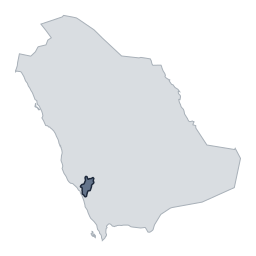 Al Bahah highlighted on a map of Saudi Arabia
{"feature_id": "SAU-885", "entity_name": "Al Bahah", "entity_type": "Region", "adm_level": 1, "iso_a3": "SAU", "parent_name": "Saudi Arabia", "parent_adm1": "", "projection": "equal_earth", "projection_center": [41.371, 20.064], "detail": "fine", "context": "in_parent", "style": "filled", "palette": "slate", "viewbox_px": 256, "rotation_deg": 0, "n_neighbors": 0, "source": "natural_earth", "source_scale": "10m", "svg_char_len": 4666}
<svg xmlns="http://www.w3.org/2000/svg" viewBox="0 0 256 256"><path d="M202.1,202.1L171.8,207.6L170.2,208.2L160.8,214.4L154.5,224.8L153.0,229.8L152.3,230.5L151.0,231.5L149.8,232.2L148.0,232.1L145.8,228.3L145.2,227.5L144.7,227.5L140.7,228.0L132.2,227.0L130.8,226.7L128.9,225.4L128.4,225.2L127.9,225.1L123.5,225.1L121.4,225.5L119.3,225.3L117.1,225.5L116.3,226.0L115.5,226.0L115.0,226.4L114.5,226.6L113.9,226.3L113.3,226.3L112.3,226.0L111.6,225.2L111.0,224.5L110.3,224.1L109.6,223.8L109.0,223.8L108.2,224.3L107.8,224.7L106.5,226.1L106.5,226.6L107.1,227.5L106.9,227.9L106.2,228.4L106.0,229.7L105.9,230.5L105.8,232.3L106.1,233.7L106.5,234.2L106.5,234.8L106.3,236.0L105.6,236.3L105.2,237.5L104.9,238.0L104.4,238.6L102.3,240.6L102.2,239.5L101.5,237.7L101.5,236.5L101.2,235.3L100.6,234.3L99.6,233.3L99.5,232.0L98.7,230.7L97.7,229.6L97.2,227.6L96.7,225.0L94.1,221.6L90.8,218.4L89.8,216.6L88.2,213.0L87.3,210.1L85.1,206.8L85.0,205.5L84.7,204.0L84.2,202.2L83.9,200.9L81.7,194.9L81.0,194.0L80.4,192.7L80.2,191.6L80.0,191.1L78.5,190.1L77.0,187.6L72.7,183.6L70.5,183.2L68.9,181.8L67.6,180.0L66.3,176.8L64.0,173.3L62.1,168.5L62.7,166.7L62.7,165.4L62.1,163.3L61.4,161.7L61.0,160.2L61.3,158.0L61.5,155.5L61.9,154.2L62.2,152.8L61.8,149.9L61.2,148.4L61.2,147.4L60.5,146.9L59.9,145.7L60.5,145.7L59.4,144.2L59.0,143.3L58.6,141.2L58.1,139.6L56.3,136.0L55.5,133.8L53.7,130.9L51.6,128.8L50.4,127.9L49.7,127.0L48.7,127.0L47.5,125.7L46.7,125.7L45.7,125.5L44.6,123.1L43.6,120.8L41.9,117.9L42.4,117.2L42.9,115.9L42.6,114.3L42.4,113.2L41.7,111.2L39.3,106.2L38.7,105.5L37.6,104.6L37.0,102.5L36.8,100.6L35.1,99.6L32.4,92.7L30.8,90.2L30.1,88.6L28.3,85.9L27.4,83.3L25.5,80.8L23.9,76.6L21.4,72.3L20.4,71.6L17.7,71.3L16.6,71.0L15.6,71.9L15.5,70.7L16.2,69.1L17.3,65.7L17.6,62.7L19.4,53.8L30.5,56.1L31.1,55.9L35.4,51.8L37.9,47.1L38.4,46.7L45.9,44.9L46.1,44.6L47.7,40.4L47.8,40.2L48.1,39.9L51.3,37.8L46.2,30.8L40.9,24.1L61.7,17.1L62.1,17.0L63.6,15.4L72.8,17.1L76.3,17.9L77.4,18.5L94.0,29.8L102.2,37.9L121.5,55.9L121.7,56.0L139.0,57.9L140.8,57.4L145.5,58.1L150.3,58.9L151.3,61.0L151.6,62.5L152.0,64.0L152.9,65.3L156.9,65.2L161.0,65.2L161.6,66.5L161.9,67.8L163.1,70.9L164.7,73.4L165.1,74.3L165.4,75.6L165.1,76.1L165.0,76.7L166.2,78.0L168.1,79.2L168.9,79.5L169.8,80.0L169.1,80.7L170.3,82.5L171.6,84.4L173.0,84.8L175.0,87.5L177.9,89.3L179.7,91.7L179.0,91.5L178.4,91.2L178.2,91.5L178.3,92.5L178.5,93.6L179.4,94.6L180.2,95.4L180.5,96.7L180.0,99.7L179.8,99.7L179.3,99.4L178.9,99.4L178.7,99.5L179.2,101.7L179.8,103.3L180.5,104.6L181.0,106.5L181.5,107.3L183.4,109.3L184.0,111.0L184.6,114.1L185.8,115.9L186.5,117.2L187.4,118.4L188.0,119.9L188.8,121.1L189.2,121.4L189.8,121.6L190.5,121.6L191.4,121.3L192.4,121.0L193.2,121.6L193.9,121.5L194.0,122.1L193.5,122.8L192.9,124.8L193.9,125.1L194.7,125.3L195.4,125.6L195.7,125.6L195.7,126.0L195.8,127.8L196.1,128.5L206.9,145.0L234.4,149.5L234.6,149.5L235.2,148.3L240.5,158.4L234.3,187.6L202.1,202.1ZM93.4,235.6L94.3,235.7L93.9,235.2L94.2,234.3L95.4,235.7L95.4,237.3L95.3,237.7L94.9,237.4L94.7,237.0L94.7,236.6L94.3,236.2L93.2,236.5L92.4,236.0L91.4,234.7L91.1,233.6L91.5,233.5L92.0,233.0L92.3,232.2L92.0,231.4L92.6,231.5L93.0,232.3L93.0,234.2L93.1,234.7L93.0,235.1L93.4,235.6ZM39.1,109.9L38.8,109.9L38.0,108.9L37.6,108.2L37.2,107.7L35.1,106.8L34.9,106.2L35.2,105.5L35.4,106.1L35.8,106.5L37.4,107.4L39.3,109.3L39.6,109.4L39.1,109.9ZM35.9,105.2L35.8,105.4L35.3,104.9L35.4,103.8L35.8,103.2L35.7,104.0L35.9,104.9L35.9,105.2Z" fill="#d9dde1" stroke="#a8b0b8" stroke-width="1"/><path d="M93.8,178.4L93.3,180.6L93.3,181.0L93.4,181.5L93.7,181.8L93.8,182.1L93.8,182.4L93.8,182.8L93.5,183.2L93.3,183.5L92.0,184.6L91.8,184.9L91.6,185.3L91.5,185.7L91.5,186.7L91.3,187.4L90.2,190.5L89.9,190.6L89.5,190.7L88.5,190.7L88.3,190.8L88.1,190.9L88.0,191.0L87.9,191.2L87.6,191.8L86.9,194.2L86.6,195.7L86.6,196.0L86.4,196.3L86.2,196.5L85.8,196.7L85.5,196.8L85.3,196.8L85.0,196.7L84.7,196.5L84.5,196.3L83.8,195.1L83.5,194.8L82.7,194.3L82.6,194.1L82.4,193.9L82.3,193.6L82.2,193.3L82.2,193.0L82.3,191.8L82.3,191.5L82.1,190.6L82.1,190.3L82.2,188.8L82.2,188.5L82.1,188.2L82.0,187.9L81.9,187.6L81.7,187.5L80.9,187.2L80.7,187.0L80.5,186.8L80.5,186.6L80.5,186.3L80.6,186.0L81.5,184.9L81.7,184.7L82.0,184.5L82.3,184.4L83.4,184.2L83.6,184.1L83.9,183.9L84.1,183.6L84.3,183.4L84.6,182.4L85.4,180.7L85.4,180.3L85.4,180.1L85.4,179.7L85.2,178.8L85.1,178.2L85.1,177.9L85.1,177.6L85.2,177.4L85.2,177.2L85.3,177.0L85.5,176.8L85.7,176.6L86.0,176.4L86.5,176.5L86.8,176.6L87.1,176.9L87.2,177.2L87.6,178.4L87.7,178.7L87.8,178.9L88.0,179.1L88.4,179.2L88.7,179.0L89.2,178.8L89.5,178.7L89.9,178.6L91.0,178.6L91.3,178.5L91.5,178.4L92.5,177.7L93.0,177.6L93.8,178.4Z" fill="#64748b" stroke="#1e293b" stroke-width="1.5"/></svg>